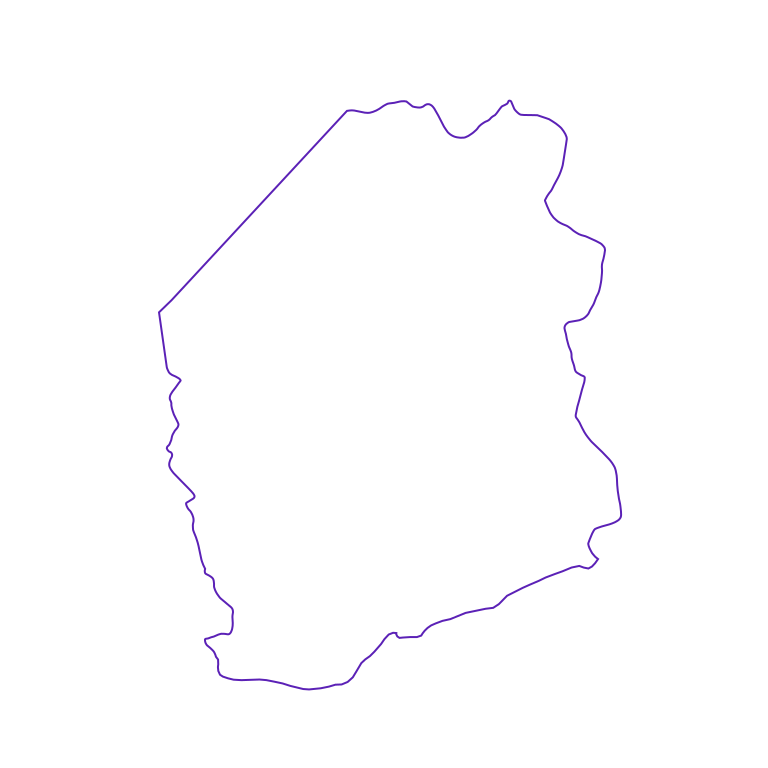 San Antonio de Flores, Choluteca, Honduras, rotated 161°
{"feature_id": "27666195B54922271453671", "entity_name": "San Antonio de Flores", "entity_type": "district", "adm_level": 2, "iso_a3": "HND", "parent_name": "Honduras", "parent_adm1": "Choluteca", "projection": "albers", "projection_center": [-87.34, 13.649], "detail": "fine", "context": "isolated", "style": "outline", "palette": "violet", "viewbox_px": 768, "rotation_deg": 161, "n_neighbors": 0, "source": "geoboundaries", "source_scale": "gbopen_adm2", "svg_char_len": 6166}
<svg xmlns="http://www.w3.org/2000/svg" viewBox="0 0 768 768"><g transform="rotate(161 384 384)"><path d="M557.6,532.4L573.4,525.0L583.9,470.7L584.0,469.5L583.9,467.8L583.6,465.2L583.3,464.4L582.9,463.5L581.5,461.6L578.6,458.9L576.3,456.3L575.8,455.6L575.4,454.7L575.2,454.1L575.2,453.5L575.7,453.0L577.5,451.9L582.1,448.6L586.5,445.7L589.2,443.5L589.9,442.7L590.5,441.8L591.1,440.6L591.4,439.5L591.4,438.7L591.2,437.1L591.2,435.9L591.3,435.1L592.0,433.1L592.2,431.9L592.5,429.8L592.6,426.9L592.6,423.6L591.5,414.9L591.4,413.4L591.6,412.4L592.2,411.4L593.2,410.3L594.3,409.5L597.0,407.9L600.2,405.1L601.5,403.5L602.8,401.3L603.4,400.3L605.4,398.0L606.4,396.9L607.0,396.4L607.8,396.0L608.9,395.5L609.5,395.1L610.0,394.4L610.3,393.8L610.2,392.4L609.6,390.8L609.1,390.0L607.9,389.0L607.6,388.5L607.3,387.5L607.3,386.3L607.6,385.5L608.0,384.7L608.7,383.8L609.9,382.8L610.9,381.7L612.4,379.7L613.1,378.4L613.5,377.2L613.7,375.8L613.6,374.4L613.4,372.8L612.7,370.4L611.9,368.1L607.1,357.9L602.8,348.9L601.2,345.4L600.0,342.4L599.7,341.0L599.6,340.2L599.7,339.5L600.1,338.8L600.7,338.2L601.2,338.0L601.9,337.7L609.2,336.1L609.9,335.7L610.2,335.0L610.3,333.2L610.1,331.1L609.6,329.1L608.6,327.0L608.2,325.6L607.8,322.8L607.8,320.2L608.0,318.7L608.4,317.2L608.9,316.0L610.1,314.0L610.7,312.8L611.4,310.5L612.0,308.2L612.0,306.0L611.7,300.3L611.8,294.8L612.1,291.2L613.8,277.6L613.9,275.5L613.8,271.6L613.3,267.4L613.8,266.7L614.3,265.7L614.6,264.6L614.7,263.8L614.6,263.1L614.2,262.4L611.8,259.9L610.3,258.0L609.5,256.7L609.1,255.5L609.0,254.6L609.1,253.3L609.7,250.6L610.6,248.0L610.8,246.9L610.8,245.8L610.8,244.2L610.6,242.3L610.2,240.1L609.4,237.4L608.8,235.5L608.1,234.1L601.2,222.6L600.7,221.2L600.6,220.3L600.6,219.4L600.8,218.4L601.1,217.3L602.5,214.7L603.2,213.0L604.8,207.3L605.9,204.5L607.3,201.9L608.0,200.9L609.5,199.2L610.6,198.4L611.6,198.0L612.5,198.0L613.6,198.4L615.9,199.6L619.1,200.8L619.9,200.9L622.2,201.0L627.2,200.6L629.8,200.8L633.1,200.7L635.4,201.1L636.1,201.0L636.5,200.6L636.8,199.5L637.0,198.4L637.0,196.9L636.7,195.4L636.4,194.5L634.3,191.1L632.9,188.4L632.2,186.8L631.9,185.7L631.7,184.0L631.6,182.4L631.7,180.9L630.6,177.5L632.0,172.9L633.2,170.4L634.1,166.6L633.7,162.5L631.6,159.8L627.3,156.5L622.5,153.4L615.2,150.4L597.9,145.1L591.6,142.3L584.7,138.3L577.4,133.9L570.8,129.0L559.7,121.9L554.3,119.6L542.9,116.9L534.6,115.8L527.8,115.5L521.9,113.7L515.4,114.1L509.0,116.8L503.6,121.3L496.3,127.5L491.4,129.7L485.9,131.3L480.3,134.0L471.4,139.1L466.7,142.6L461.1,145.6L456.4,145.8L453.4,144.5L453.9,143.4L453.6,141.0L452.0,138.9L448.6,138.1L442.0,136.3L435.2,134.0L430.7,134.0L428.6,135.7L425.8,137.5L422.2,139.2L418.0,140.4L413.1,140.8L405.8,141.0L397.8,140.1L381.4,141.0L361.1,138.4L353.6,136.8L347.0,138.5L336.6,143.7L319.1,146.1L311.2,146.8L301.6,147.5L294.2,148.4L284.3,148.7L276.2,148.8L266.4,149.4L258.6,148.4L254.9,145.4L250.8,143.0L246.8,143.7L242.8,145.8L238.6,148.8L239.7,150.5L240.6,152.0L241.8,155.0L242.3,156.4L242.7,158.7L243.1,161.6L243.2,164.0L243.0,166.0L242.8,166.7L242.2,167.5L239.9,170.3L235.8,174.9L233.4,177.1L232.6,177.7L231.6,178.2L229.3,178.4L224.6,178.4L216.6,177.9L213.8,177.9L210.7,178.1L208.5,178.5L206.5,179.0L205.0,179.8L203.7,180.8L202.9,182.0L202.4,183.1L201.4,186.4L200.3,191.3L199.8,193.9L199.2,199.0L197.8,206.7L196.4,212.5L194.6,218.6L193.8,221.8L193.1,226.5L193.0,228.2L193.0,230.0L193.4,232.3L194.0,234.9L194.8,237.4L195.7,239.7L199.8,248.6L206.4,261.5L207.0,262.9L208.6,267.3L209.5,270.2L210.2,273.1L211.0,278.1L211.7,284.0L212.4,287.0L213.2,289.6L213.3,290.6L213.1,291.5L212.8,292.3L208.6,299.5L204.9,304.8L198.7,314.1L194.1,320.5L193.0,322.5L192.1,324.7L192.1,325.1L192.2,325.6L192.6,326.3L194.8,328.2L197.8,331.8L198.6,333.2L198.8,334.5L198.8,335.7L198.4,338.8L198.3,340.6L198.3,344.5L198.2,346.5L197.9,348.3L197.0,351.2L196.7,352.9L196.7,355.1L197.0,359.1L196.9,361.5L196.5,367.0L195.7,372.1L195.5,375.7L195.2,377.9L194.9,378.7L194.4,379.5L193.8,380.2L193.1,380.8L192.3,381.3L191.3,381.7L189.4,382.3L188.5,382.3L180.6,381.0L178.4,380.7L176.3,380.8L174.7,380.9L173.4,381.2L171.9,381.7L169.9,382.6L168.1,383.7L167.3,384.4L165.0,386.8L160.2,390.9L158.9,392.3L155.0,397.0L152.1,399.8L150.9,401.2L149.8,402.7L147.8,405.9L145.9,409.2L144.6,411.7L141.9,417.7L140.9,420.2L139.9,423.8L139.0,426.0L138.0,427.7L135.7,431.0L133.6,434.5L131.5,438.5L131.2,439.8L131.1,441.2L131.7,443.1L132.8,445.5L133.8,446.8L136.9,450.1L143.5,456.4L145.4,458.1L148.9,460.5L151.0,462.3L152.9,464.5L154.3,466.3L155.1,467.4L157.0,470.6L158.6,472.8L159.7,474.1L162.9,476.9L164.6,478.6L165.8,480.0L166.7,481.1L167.9,483.1L169.4,485.9L169.7,486.7L170.5,489.2L171.1,491.5L171.3,492.8L171.9,499.4L172.1,504.1L172.1,505.0L171.8,505.5L169.6,507.6L168.1,508.9L165.8,510.6L163.1,512.3L161.6,513.6L158.5,516.7L152.5,522.2L150.3,524.4L147.7,527.4L145.3,530.5L143.8,532.7L140.6,538.6L134.1,550.9L131.4,556.1L131.2,557.0L131.0,558.0L131.1,559.9L131.2,561.3L131.9,564.6L133.0,568.0L133.6,569.3L134.7,571.2L136.7,574.3L139.3,577.7L141.7,580.6L144.2,582.6L151.5,588.2L154.4,589.3L164.1,592.8L166.8,594.0L167.6,594.6L168.5,595.7L169.5,597.4L170.3,599.0L171.1,601.0L171.3,602.2L171.6,606.8L171.8,609.7L172.1,610.3L172.5,610.7L173.0,611.0L173.3,611.1L173.8,611.1L174.2,610.9L175.3,609.7L175.9,609.2L176.5,608.9L178.7,608.5L181.5,608.2L182.1,608.1L182.9,607.7L184.8,606.5L189.4,603.3L191.5,602.1L193.6,601.7L195.0,601.3L196.2,600.8L197.8,599.9L199.1,599.4L200.5,599.1L202.2,599.0L203.7,598.8L206.1,598.2L208.0,597.6L210.5,596.5L212.8,594.9L214.1,594.2L217.7,592.7L219.6,592.1L223.5,591.1L226.5,590.8L227.4,590.8L228.5,591.0L231.7,592.0L234.7,593.5L236.4,594.6L237.6,595.6L238.7,596.7L240.0,598.3L241.0,599.9L241.7,601.2L242.5,603.9L243.5,607.8L245.3,620.3L246.8,628.1L247.5,630.2L248.3,631.8L249.2,632.9L250.2,633.8L251.4,634.3L252.3,634.5L253.1,634.5L254.5,634.3L256.6,633.6L258.7,633.5L260.1,633.7L262.1,634.5L264.8,635.9L266.6,637.1L270.8,643.8L272.8,644.8L275.4,645.6L276.9,645.9L282.7,646.5L287.8,647.6L289.5,647.8L291.7,647.5L293.9,647.1L298.9,645.7L302.3,645.1L305.9,644.9L309.0,645.1L311.0,645.6L313.8,646.8L323.0,652.2L324.1,652.7L325.3,653.2L327.1,653.7L330.1,654.3L557.6,532.4Z" fill="none" stroke="#5b21b6" stroke-width="2"/></g></svg>